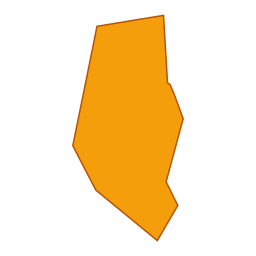 outline of Francisco Ayres, Piauí, Brazil
{"feature_id": "56859067B91731828808481", "entity_name": "Francisco Ayres", "entity_type": "district", "adm_level": 2, "iso_a3": "BRA", "parent_name": "Brazil", "parent_adm1": "Piauí", "projection": "equal_earth", "projection_center": [-42.712, -6.678], "detail": "fine", "context": "isolated", "style": "filled", "palette": "amber", "viewbox_px": 256, "rotation_deg": 0, "n_neighbors": 0, "source": "geoboundaries", "source_scale": "gbopen_adm2", "svg_char_len": 367}
<svg xmlns="http://www.w3.org/2000/svg" viewBox="0 0 256 256"><path d="M72.8,145.6L79.0,157.8L95.9,190.2L143.8,229.5L146.5,231.7L157.3,240.6L177.8,205.5L166.1,181.8L175.4,147.5L178.4,136.3L183.2,118.7L173.9,93.6L170.0,84.5L167.5,82.9L163.5,15.4L137.6,19.6L97.0,26.3L94.9,36.7L94.5,38.8L85.9,81.4L72.8,145.6Z" fill="#f59e0b" stroke="#b45309" stroke-width="1.5"/></svg>